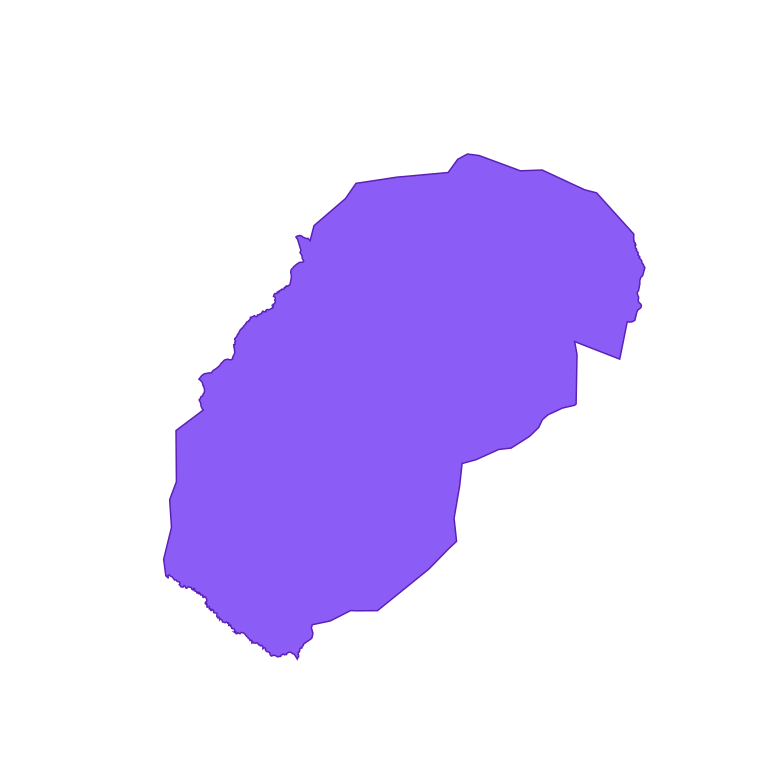 Mo'ngonmorit, Töv, Mongolia (Equal Earth projection), rotated 233°
{"feature_id": "93677404B10296672671184", "entity_name": "Mo'ngonmorit", "entity_type": "district", "adm_level": 2, "iso_a3": "MNG", "parent_name": "Mongolia", "parent_adm1": "Töv", "projection": "equal_earth", "projection_center": [108.558, 48.538], "detail": "fine", "context": "isolated", "style": "filled", "palette": "violet", "viewbox_px": 768, "rotation_deg": 233, "n_neighbors": 0, "source": "geoboundaries", "source_scale": "gbopen_adm2", "svg_char_len": 6158}
<svg xmlns="http://www.w3.org/2000/svg" viewBox="0 0 768 768"><g transform="rotate(233 384 384)"><path d="M353.4,673.7L408.7,668.8L418.4,661.1L459.7,639.1L472.2,621.2L509.3,597.4L517.5,589.0L519.1,578.1L514.3,562.5L541.5,518.7L561.1,482.4L555.3,464.9L552.6,423.4L542.9,411.2L546.0,411.0L546.9,409.5L550.1,407.7L552.2,407.1L553.3,406.2L553.6,405.2L554.3,404.0L554.5,402.8L554.4,402.1L551.4,402.0L540.7,398.1L539.5,396.0L535.7,395.7L533.7,394.3L530.4,393.8L530.1,392.5L531.9,389.9L532.1,388.4L532.2,385.8L532.0,382.2L531.4,380.9L531.3,378.9L529.6,376.8L527.5,375.9L525.0,374.3L519.9,368.6L520.2,366.7L519.9,365.9L520.8,365.5L520.6,364.9L521.2,364.0L520.3,363.2L520.9,362.3L520.0,361.1L520.4,360.2L521.2,359.7L520.8,358.8L521.3,357.9L521.1,357.1L521.5,356.2L520.7,355.6L521.7,354.2L521.6,353.9L521.3,354.0L520.7,353.6L520.7,353.2L520.9,352.6L521.7,351.6L521.9,351.3L521.8,350.8L521.4,349.7L520.4,348.4L519.3,349.1L518.6,349.2L517.4,348.4L516.8,347.1L515.5,347.1L514.0,345.1L514.4,343.8L513.8,343.1L514.2,342.6L514.2,342.0L513.8,341.8L512.4,342.2L511.9,341.7L512.0,340.8L511.7,340.5L512.1,339.7L512.3,337.2L513.2,336.0L514.0,335.2L514.0,334.2L512.8,333.3L513.5,332.5L513.8,331.6L514.7,331.5L515.1,331.1L514.5,329.1L513.9,328.1L514.6,327.1L514.4,326.2L515.3,324.4L514.5,323.6L514.4,323.1L514.6,322.5L515.1,322.1L516.7,321.5L516.6,320.3L517.1,319.1L516.8,318.2L517.0,317.8L517.6,317.5L515.9,315.4L516.1,314.3L515.5,313.7L515.6,313.1L516.1,312.5L515.9,311.4L515.5,309.9L515.0,309.3L514.6,306.2L513.9,305.4L514.1,303.5L513.7,302.7L513.7,301.7L513.2,301.0L513.2,300.4L512.0,298.6L511.8,297.1L510.6,295.0L509.9,291.8L509.1,291.4L507.6,291.2L507.3,290.9L507.1,289.9L505.4,289.2L505.2,288.8L505.9,287.7L505.7,287.4L504.8,287.1L504.0,286.3L502.9,286.2L502.4,285.7L501.6,285.6L501.0,284.9L499.2,284.1L497.5,281.7L497.4,281.0L496.7,279.8L495.7,278.4L495.1,278.0L495.6,275.9L497.7,274.3L498.6,272.6L499.1,271.0L499.1,270.3L498.6,268.0L498.6,266.7L497.6,263.9L497.3,259.4L497.6,256.4L497.4,254.5L496.7,252.7L498.0,251.2L500.3,246.7L500.4,243.6L499.3,239.3L499.1,239.0L497.3,239.7L496.6,239.6L495.1,239.9L492.2,238.9L491.6,238.4L491.1,238.6L489.1,238.0L487.0,237.0L485.2,235.1L484.9,233.7L483.9,232.2L483.9,229.9L482.7,228.1L482.8,227.2L482.5,226.7L479.5,226.2L478.1,225.6L476.4,224.5L473.7,223.9L472.0,223.9L472.0,189.9L430.9,159.4L420.6,143.2L397.4,128.0L376.6,102.5L362.1,94.3L359.1,94.9L359.2,95.3L361.1,96.1L360.9,97.6L359.6,97.6L357.8,98.6L356.2,98.8L353.4,98.8L353.0,99.6L352.4,100.1L350.8,100.0L349.1,101.4L348.3,101.4L347.4,100.9L347.0,99.7L346.1,99.9L344.2,99.8L343.7,100.4L342.8,101.1L342.8,101.7L343.3,102.5L343.3,102.9L343.1,103.2L342.5,103.5L340.4,103.0L339.8,103.3L339.6,103.7L339.8,105.0L339.7,105.6L337.6,107.5L336.9,107.5L336.0,107.0L334.5,107.6L335.1,108.5L335.0,109.4L334.3,109.4L332.8,108.2L331.1,109.3L329.9,108.8L329.4,109.1L329.5,110.3L329.2,110.7L328.7,110.9L328.4,110.6L328.4,109.8L328.0,109.8L327.4,111.1L325.9,110.6L325.7,110.7L325.1,111.8L324.0,112.1L323.1,111.1L322.6,111.1L322.0,111.6L321.9,112.8L321.7,113.3L321.3,113.4L319.1,112.9L317.4,111.9L317.1,111.6L317.2,110.2L316.7,109.7L315.7,110.2L314.8,110.1L314.5,109.9L314.5,109.6L315.0,109.3L313.7,109.3L312.3,108.4L312.0,108.7L311.7,110.1L311.2,110.3L310.5,110.0L309.7,109.1L309.4,109.1L308.9,110.1L308.5,110.1L307.4,109.4L306.9,110.1L307.1,110.6L307.4,110.9L307.0,111.3L306.5,111.5L305.0,111.2L304.1,110.4L303.2,110.9L301.7,112.5L300.7,112.3L299.4,110.7L299.0,110.6L297.1,110.6L297.2,111.4L297.1,111.8L296.6,111.9L295.9,111.7L294.6,110.8L294.7,111.3L294.6,111.7L293.7,112.4L292.4,112.4L291.1,111.8L290.8,112.4L289.9,112.8L288.9,113.6L288.6,115.0L288.3,115.2L287.1,115.2L287.0,116.0L286.6,116.2L284.6,114.6L284.3,114.8L284.2,116.2L283.8,116.4L283.4,116.4L282.5,115.7L281.2,115.8L280.5,115.4L279.9,115.7L278.9,116.8L278.5,116.9L276.9,116.3L275.7,116.6L275.4,116.5L275.3,116.2L276.1,115.1L274.8,115.6L273.6,115.7L273.0,116.4L273.6,117.0L273.6,117.3L271.2,118.7L271.6,120.4L270.0,121.8L268.4,122.4L265.5,122.4L263.9,122.8L262.6,122.6L261.0,123.1L259.7,122.6L259.1,123.9L258.4,124.0L257.0,122.7L256.6,122.6L256.7,123.8L256.2,124.0L255.7,123.9L255.3,124.7L254.1,125.5L253.7,126.9L253.3,127.3L251.4,126.9L251.0,127.0L250.4,127.7L249.2,127.7L249.0,128.2L249.1,129.0L248.8,129.2L246.9,129.1L245.5,128.0L245.5,129.5L244.6,130.2L244.0,130.1L243.1,129.3L242.3,129.2L240.8,129.4L239.1,130.7L238.2,131.0L236.4,130.2L235.3,130.1L234.3,130.6L234.1,132.1L233.6,132.8L232.2,134.0L230.2,134.7L229.3,136.6L228.7,137.3L228.6,137.6L229.4,138.6L229.1,139.8L229.1,140.8L228.9,141.2L227.7,141.4L227.6,142.2L226.6,143.1L226.8,143.7L227.5,144.6L227.1,145.5L227.0,146.7L226.6,147.5L225.6,148.1L223.4,148.9L222.0,149.7L216.5,149.2L217.3,150.4L217.6,151.1L217.4,151.5L219.0,152.7L220.6,153.3L220.9,154.1L221.2,154.3L221.0,154.8L221.0,155.3L221.6,155.4L221.8,156.2L223.1,157.5L223.3,158.6L222.6,159.3L223.2,159.9L223.3,160.8L223.9,161.9L224.0,162.7L224.7,163.5L224.9,164.5L224.5,165.4L224.7,166.9L224.4,169.7L224.4,173.1L224.7,173.7L226.7,176.2L228.0,177.4L232.8,179.2L233.7,180.1L234.0,180.8L234.5,181.1L234.9,181.9L227.1,198.5L223.1,221.1L220.2,224.5L206.9,242.4L209.2,308.3L213.5,336.3L214.7,347.3L234.5,359.1L257.1,383.1L273.5,398.5L268.1,412.1L262.7,436.2L256.3,447.0L254.6,468.9L256.2,481.4L260.2,489.1L260.7,496.5L257.4,512.0L252.3,523.4L252.4,525.4L291.4,555.9L303.1,561.8L262.0,587.2L287.3,615.7L285.6,617.5L284.8,618.7L284.2,620.3L283.9,622.7L288.8,628.6L290.3,631.0L290.3,634.1L290.6,635.5L291.6,636.7L293.1,637.2L295.7,636.7L297.6,637.1L299.6,639.3L300.5,639.8L301.5,639.8L302.6,640.3L304.0,640.8L304.7,641.4L305.3,643.4L310.0,648.6L312.6,650.5L313.6,651.8L314.5,653.1L314.8,654.5L314.8,655.5L315.1,656.2L317.4,659.0L319.3,661.7L320.3,662.0L320.3,662.5L322.3,662.5L323.3,663.1L325.5,662.9L327.1,663.9L329.6,664.0L330.7,663.7L331.2,663.9L331.2,664.4L331.9,664.9L334.5,664.4L334.9,665.0L334.9,665.5L335.4,665.8L337.0,666.1L338.8,665.9L339.3,666.7L339.8,666.7L340.2,667.0L341.4,666.7L342.3,667.4L343.7,667.9L343.5,668.9L343.9,668.9L344.3,668.6L344.8,668.9L345.0,669.4L345.8,669.5L346.7,669.2L347.0,669.5L347.9,669.5L348.3,670.2L349.1,670.4L353.4,673.7Z" fill="#8b5cf6" stroke="#5b21b6" stroke-width="1.5"/></g></svg>